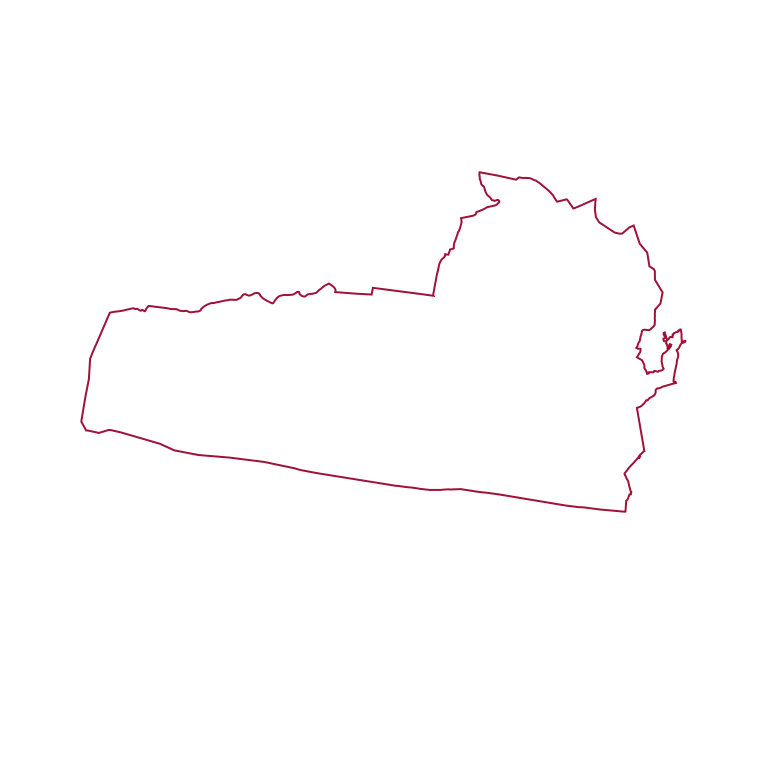 the district of Isaccea, Tulcea, Romania, rotated 166°
{"feature_id": "2599482B37451561707315", "entity_name": "Isaccea", "entity_type": "district", "adm_level": 2, "iso_a3": "ROU", "parent_name": "Romania", "parent_adm1": "Tulcea", "projection": "natural_earth1", "projection_center": [28.418, 45.256], "detail": "fine", "context": "isolated", "style": "outline", "palette": "rose", "viewbox_px": 768, "rotation_deg": 166, "n_neighbors": 0, "source": "geoboundaries", "source_scale": "gbopen_adm2", "svg_char_len": 6055}
<svg xmlns="http://www.w3.org/2000/svg" viewBox="0 0 768 768"><g transform="rotate(166 384 384)"><path d="M684.2,410.9L683.0,410.7L673.1,405.8L672.8,405.5L662.1,406.0L660.5,405.5L650.5,400.4L615.6,380.0L603.8,370.5L581.5,360.1L551.5,349.9L519.0,337.3L491.3,323.9L486.0,320.8L470.3,313.6L397.0,282.3L395.9,282.0L385.7,278.0L382.6,277.0L373.2,273.1L364.8,270.0L355.0,267.6L349.4,266.7L346.9,266.2L344.9,265.5L342.7,265.1L335.1,263.5L319.0,256.7L310.0,253.4L300.2,249.5L237.3,222.2L224.9,217.4L221.2,216.3L219.1,215.6L204.6,209.9L180.9,201.7L180.6,201.8L177.2,212.2L175.8,212.8L174.7,214.2L172.5,217.5L171.2,217.2L170.2,219.3L170.6,219.5L170.7,227.5L170.6,230.3L171.0,232.1L171.5,233.9L171.7,235.5L172.3,237.6L172.3,238.8L172.1,239.2L169.8,240.8L167.2,243.0L163.9,245.3L162.2,246.2L155.6,250.8L154.3,250.3L153.2,251.6L154.1,252.1L153.5,252.8L149.4,255.1L147.8,256.2L147.6,256.1L144.4,299.6L141.5,299.9L139.5,300.4L136.5,302.2L133.2,304.8L132.8,304.5L132.0,304.5L129.9,306.1L127.3,306.7L124.8,307.5L123.7,308.3L122.7,309.7L122.3,310.6L122.1,311.8L121.8,312.6L120.1,313.6L117.7,313.3L116.7,313.4L114.8,314.0L102.8,314.4L100.5,314.3L100.5,315.4L101.0,315.7L102.1,315.8L102.4,316.2L102.4,316.7L101.1,320.4L100.4,321.7L99.5,324.0L96.8,329.6L95.1,332.9L94.0,336.1L91.8,339.7L91.4,341.4L91.3,343.8L91.5,344.4L91.9,346.1L90.1,346.9L89.1,347.6L86.7,350.5L85.4,351.5L84.1,351.8L82.8,351.7L81.7,352.1L81.2,352.6L81.2,352.9L81.6,353.0L83.8,353.0L84.8,353.1L83.7,358.8L83.2,360.1L82.9,365.1L83.6,365.2L84.2,364.7L84.9,364.8L85.6,364.5L85.7,364.4L85.5,364.0L85.5,363.8L86.5,363.4L88.0,363.7L88.6,363.4L90.4,363.2L90.6,362.8L91.2,362.4L91.8,362.4L92.0,362.1L91.5,361.9L92.8,359.6L94.6,360.4L95.1,360.4L97.1,358.7L97.6,358.7L98.2,358.2L98.5,358.6L98.9,359.9L98.9,363.0L99.1,363.4L99.2,364.8L99.2,365.2L98.9,366.0L99.1,366.1L99.5,365.9L100.2,365.9L100.4,365.2L100.7,364.8L100.4,364.0L100.4,363.0L99.8,362.2L99.8,361.9L100.8,360.5L101.8,360.4L102.1,359.6L102.1,358.7L102.1,358.2L101.8,357.7L99.9,357.3L99.7,357.1L100.1,355.8L100.5,355.1L100.0,354.4L99.9,352.9L99.9,351.1L100.3,350.1L100.0,349.9L99.6,350.0L98.4,352.1L96.9,353.6L95.9,352.7L96.8,351.9L96.4,351.3L99.0,349.1L100.4,348.5L101.4,347.8L104.0,346.4L105.2,346.2L106.1,345.7L107.9,343.2L108.5,340.7L109.2,338.9L109.2,337.2L109.4,336.2L109.3,335.8L109.3,334.5L109.5,334.1L109.3,332.1L108.9,331.4L109.1,331.0L109.6,330.6L110.8,330.2L111.8,330.0L113.7,330.2L114.3,330.1L114.8,329.7L115.8,329.9L118.2,331.3L118.7,331.2L119.6,330.2L123.3,331.2L124.3,331.3L124.6,330.2L126.2,330.2L126.2,331.5L126.7,334.1L127.4,336.1L127.5,336.6L127.3,337.6L126.9,338.4L126.8,339.0L126.8,339.6L127.7,344.1L128.4,345.2L130.4,347.0L132.1,348.7L129.0,351.7L127.7,353.1L127.0,354.2L126.7,355.4L126.6,356.1L129.5,357.0L130.5,358.0L128.6,359.7L128.0,361.1L127.5,361.8L126.6,362.9L125.7,363.6L125.3,364.1L123.8,367.6L122.1,370.2L120.9,373.0L120.2,373.5L119.6,373.7L118.3,373.7L117.2,373.4L114.8,372.4L113.7,372.2L112.4,372.5L109.5,374.2L108.7,374.4L108.2,375.0L107.0,375.9L106.5,378.0L105.7,380.1L105.4,382.3L104.6,384.6L104.4,386.0L104.0,387.4L103.5,388.5L103.1,390.5L96.3,395.2L91.5,405.5L95.9,419.5L93.9,428.0L94.2,430.0L98.0,433.9L96.8,447.7L101.9,458.1L103.4,477.4L108.1,476.6L116.3,472.4L119.0,472.8L123.5,475.1L136.1,488.8L138.0,494.6L137.2,502.2L133.9,512.4L149.2,509.7L157.6,508.4L157.8,508.5L158.8,511.1L161.7,518.6L162.1,519.0L171.6,519.0L172.1,519.2L173.5,523.2L174.1,525.6L175.2,527.8L176.7,530.5L178.7,533.5L183.7,540.3L184.8,541.8L186.2,543.1L187.2,544.5L188.8,545.4L191.7,547.8L193.9,548.9L197.8,550.0L199.0,550.1L202.9,551.8L206.4,550.3L223.9,559.0L240.0,566.3L240.4,565.6L240.9,563.5L241.0,561.7L241.5,559.7L241.1,557.3L241.3,554.9L241.2,554.1L240.3,552.5L239.4,551.6L239.2,551.2L239.1,546.9L238.8,544.8L238.3,543.0L237.8,542.0L236.1,539.7L235.1,537.1L234.7,536.2L233.5,535.7L232.2,534.9L229.8,535.2L229.1,535.1L228.5,534.7L228.1,534.0L227.9,533.2L228.0,532.8L228.4,532.4L231.2,530.8L232.5,530.4L241.3,530.6L245.5,529.3L252.3,528.5L252.7,528.4L253.4,527.2L253.9,526.6L254.8,526.1L255.7,525.8L258.6,525.8L269.1,526.3L269.5,522.4L272.3,517.2L274.1,514.5L275.2,513.6L275.8,512.9L276.2,512.0L280.3,505.7L281.5,504.3L282.6,501.9L283.6,498.6L287.4,498.5L288.2,497.1L290.3,493.9L292.4,494.7L293.2,495.2L294.1,493.1L295.7,492.0L297.4,491.2L298.4,490.5L301.3,487.1L301.8,486.0L303.3,483.0L303.6,482.1L304.3,481.0L304.3,480.8L305.5,478.8L308.0,473.5L309.0,471.0L309.5,470.2L314.8,458.5L314.6,457.6L325.3,461.9L371.5,480.0L374.4,473.8L389.6,478.5L409.1,485.0L408.5,486.2L408.3,487.2L408.5,488.5L409.2,490.0L410.1,491.4L411.3,492.8L413.2,494.8L418.2,493.6L422.8,491.4L424.1,491.0L425.8,489.9L427.6,489.0L428.5,488.8L430.0,488.8L436.0,489.4L436.6,489.3L439.2,488.1L439.9,488.1L441.0,488.4L442.6,489.5L444.2,491.8L444.2,492.2L444.1,493.1L444.3,494.0L446.1,494.3L448.9,493.2L451.2,492.8L456.1,493.6L458.2,494.3L459.6,494.6L463.3,494.7L464.4,494.5L465.9,494.0L467.4,493.1L469.6,491.5L471.5,489.5L472.0,489.2L472.5,489.2L473.0,489.4L473.7,489.9L476.7,492.4L480.6,496.2L482.7,499.8L482.7,500.9L483.0,501.2L483.2,501.7L483.9,502.5L484.7,502.9L485.6,503.1L487.4,503.4L488.2,503.3L490.7,502.6L492.0,502.4L493.5,502.4L494.1,502.6L496.9,504.7L498.4,504.9L499.1,504.6L500.4,503.9L501.3,502.9L502.0,502.5L503.1,502.1L504.4,501.9L506.3,501.4L507.2,501.4L512.6,503.0L516.5,503.2L518.0,503.5L518.3,503.4L520.1,503.5L522.3,503.5L527.2,503.8L529.3,503.7L531.1,504.2L532.3,504.3L536.4,503.8L537.3,503.5L537.7,503.5L540.5,502.5L542.9,501.3L543.2,500.8L543.7,500.3L544.7,499.6L546.1,499.3L549.5,499.8L552.2,500.0L554.8,500.5L555.6,501.0L557.7,502.6L558.5,502.9L561.4,503.3L564.1,504.4L565.1,505.1L567.3,506.8L572.6,508.3L576.8,510.3L593.5,516.7L595.4,515.4L596.5,514.5L597.9,512.7L598.7,512.9L598.9,512.7L600.2,514.0L600.7,514.4L601.1,514.4L602.0,514.0L602.4,514.0L602.9,514.3L603.6,515.0L605.0,516.5L605.3,516.7L607.6,517.0L608.4,517.9L609.4,518.2L616.7,518.4L618.8,518.3L622.7,518.6L629.1,519.4L632.8,519.5L651.0,495.6L658.0,486.6L663.0,479.7L669.2,460.1L676.1,445.4L682.9,429.9L686.8,420.7L684.2,410.9Z" fill="none" stroke="#9f1239" stroke-width="2"/></g></svg>